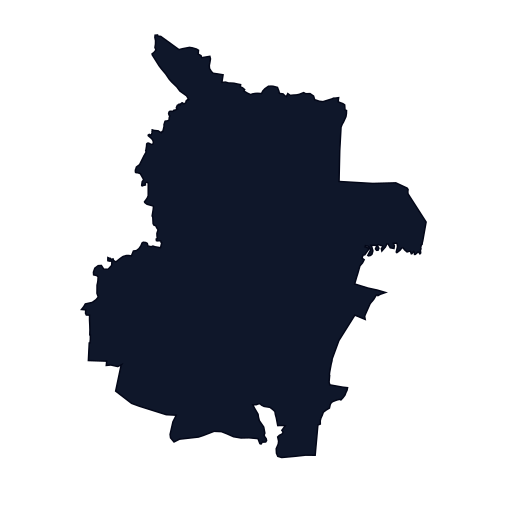 the district of Muhradah, Hamah, Syria, rotated 191°
{"feature_id": "27442178B78133098408237", "entity_name": "Muhradah", "entity_type": "district", "adm_level": 2, "iso_a3": "SYR", "parent_name": "Syria", "parent_adm1": "Hamah", "projection": "orthographic", "projection_center": [36.557, 35.29], "detail": "fine", "context": "isolated", "style": "filled", "palette": "ink", "viewbox_px": 512, "rotation_deg": 191, "n_neighbors": 0, "source": "geoboundaries", "source_scale": "gbopen_adm2", "svg_char_len": 6059}
<svg xmlns="http://www.w3.org/2000/svg" viewBox="0 0 512 512"><g transform="rotate(191 256 256)"><path d="M382.1,120.0L377.7,121.3L370.6,121.1L367.2,123.7L367.5,122.9L367.6,121.0L368.0,96.6L350.0,87.6L342.0,86.3L313.9,83.1L303.9,84.5L305.9,77.4L306.3,64.5L305.2,61.2L301.0,57.8L296.1,61.6L277.9,67.3L273.6,69.7L263.7,75.9L256.4,77.0L250.5,75.9L243.6,74.3L236.0,74.5L228.2,76.2L219.2,77.1L216.4,72.6L215.2,72.4L213.9,75.2L213.2,74.7L211.0,75.3L210.4,76.9L211.2,78.7L212.8,80.1L213.9,81.7L213.5,83.8L215.8,89.6L221.3,95.0L222.8,98.2L223.8,101.1L228.3,106.2L230.8,109.3L227.3,110.1L225.6,111.2L223.8,111.8L222.2,110.7L219.4,109.9L213.4,110.1L210.4,108.6L207.8,107.0L206.7,104.0L205.2,101.0L202.3,93.7L197.0,94.8L194.9,94.9L197.4,89.8L195.7,88.3L196.5,86.2L198.8,84.5L200.2,82.5L198.5,78.6L198.3,75.6L199.4,70.7L198.3,66.3L196.4,63.5L192.3,63.1L179.5,66.8L169.2,70.0L159.9,71.7L163.0,101.9L160.8,103.3L161.5,106.6L161.3,109.4L160.6,112.2L160.1,115.5L157.6,118.3L154.9,120.7L154.8,124.0L154.5,125.6L153.2,127.5L150.4,129.3L148.3,130.5L146.2,131.3L145.2,130.9L143.6,133.4L142.1,136.5L141.7,139.0L141.0,141.7L141.0,144.2L145.9,143.8L158.9,143.6L160.2,146.1L160.9,152.8L161.1,152.9L161.3,153.6L161.5,155.7L161.6,164.5L161.4,167.6L161.6,169.5L158.5,188.8L147.7,216.8L136.7,214.6L137.8,217.4L137.6,219.1L134.9,230.9L134.0,232.7L133.3,233.8L132.1,236.1L130.9,239.4L130.3,240.8L128.9,240.7L128.7,240.4L126.7,242.1L121.9,244.9L130.4,245.7L140.1,245.9L153.8,247.4L153.2,254.3L152.8,257.8L152.1,266.1L150.1,269.6L149.1,273.0L151.5,274.1L151.1,277.3L149.5,277.9L146.5,284.4L147.0,285.2L150.7,285.7L150.6,287.1L148.7,287.1L147.1,286.8L144.8,284.1L144.9,283.0L146.4,277.9L145.6,277.6L143.7,278.4L142.5,279.9L142.2,283.3L144.4,287.7L145.2,288.4L139.8,289.5L139.4,289.2L140.1,285.8L138.8,284.6L137.3,284.9L136.8,287.0L138.8,289.5L138.3,290.5L133.6,290.0L133.4,289.1L134.4,287.2L133.4,284.9L130.7,289.5L129.8,292.9L128.7,293.1L125.8,289.7L122.0,289.7L122.1,292.4L123.6,294.6L120.4,295.4L119.7,294.6L119.1,292.9L118.9,292.0L119.1,286.7L118.7,286.2L118.2,286.3L115.7,289.2L114.4,291.8L113.0,292.0L111.5,290.5L108.5,288.8L106.0,290.1L105.3,290.0L104.0,287.8L103.5,287.9L103.3,288.2L102.2,290.7L101.7,290.6L100.7,287.8L99.9,288.0L97.8,290.8L97.1,290.9L95.5,289.4L94.9,290.4L95.7,293.0L95.6,293.8L95.4,294.4L96.0,296.1L95.8,297.6L96.1,298.3L95.2,299.0L95.3,301.1L95.2,302.6L95.5,321.8L118.6,346.0L119.2,347.9L119.4,350.3L120.6,351.5L132.7,354.5L155.2,349.5L188.7,345.0L193.9,375.4L197.1,398.7L196.5,401.9L195.7,404.1L194.3,409.9L194.4,413.0L194.9,416.1L196.5,416.4L197.8,421.3L199.9,422.2L202.6,422.6L204.8,423.1L205.1,427.2L208.0,426.2L210.2,425.7L211.1,424.9L219.7,420.3L223.4,420.0L226.1,420.4L228.2,420.6L230.0,424.0L233.9,425.7L238.3,424.8L240.4,425.5L244.3,423.0L246.9,421.9L250.1,421.1L253.0,420.2L255.8,421.5L256.6,418.3L258.0,418.7L260.4,420.3L264.0,420.1L265.1,422.4L267.1,425.6L271.5,425.9L273.3,425.7L276.2,425.0L279.2,421.9L280.8,419.3L281.6,416.5L285.5,416.0L287.9,415.4L290.5,414.4L292.0,413.4L295.4,414.2L299.5,415.7L298.9,417.2L301.4,418.6L303.6,419.0L303.8,421.3L306.8,421.3L310.5,421.4L313.0,421.1L315.9,420.6L319.1,420.9L322.6,419.9L322.9,427.6L329.2,427.4L333.0,427.2L335.0,428.6L337.4,431.2L338.2,434.1L338.2,437.4L338.3,440.8L339.4,443.2L347.2,440.3L348.2,442.2L351.3,443.2L351.7,447.0L353.9,447.8L358.1,448.2L361.1,448.1L367.6,445.5L371.0,443.9L391.4,453.4L394.2,453.1L394.8,454.2L397.2,453.5L397.0,451.3L395.7,448.2L395.1,444.7L395.0,441.4L393.5,439.1L395.1,436.2L396.6,434.6L396.2,433.6L387.4,424.2L384.6,421.7L379.4,417.5L374.8,412.9L371.9,410.7L366.0,406.9L362.2,403.4L354.7,400.0L351.8,396.7L352.4,396.3L353.1,396.4L354.3,394.6L354.0,394.2L354.2,393.0L355.7,391.6L356.5,391.5L357.0,392.2L357.8,392.3L359.2,390.7L359.1,390.3L359.3,389.7L360.0,390.4L360.5,390.4L360.7,389.9L362.0,388.9L362.5,386.4L362.1,385.8L361.2,385.3L362.3,384.6L362.8,383.9L363.6,383.3L364.2,383.6L365.3,382.0L366.2,382.0L368.0,381.7L368.7,381.1L369.0,379.4L368.6,379.1L368.5,378.0L368.2,378.0L367.4,377.2L367.6,374.6L367.2,373.9L367.6,372.6L368.2,372.1L369.6,371.4L370.1,371.4L371.0,370.9L371.4,367.4L371.0,365.9L371.2,360.6L371.6,360.6L372.1,360.1L372.2,359.2L372.4,358.9L374.8,359.7L375.8,360.2L380.5,359.8L381.6,360.1L382.0,359.9L381.6,359.4L381.9,358.6L381.5,357.6L381.8,355.1L382.5,354.7L384.0,355.0L384.9,354.1L384.7,353.5L380.7,351.2L379.2,349.7L378.5,348.2L378.4,346.9L378.7,346.0L380.1,345.5L382.4,346.2L383.5,346.3L384.2,345.9L384.7,345.2L384.4,342.8L384.3,339.0L384.4,338.4L384.0,337.8L383.8,337.0L383.8,336.5L384.5,334.8L384.6,334.2L385.0,333.3L387.7,323.5L390.4,320.5L390.5,319.2L390.8,317.3L390.5,315.8L390.2,315.1L389.5,314.9L388.9,315.1L386.9,315.1L386.6,314.9L385.1,314.8L384.8,314.2L381.2,310.0L381.0,309.0L381.7,307.7L381.9,307.3L381.7,303.5L381.5,303.2L380.7,303.2L379.8,304.0L378.6,304.3L378.1,304.7L378.6,306.0L378.6,306.4L377.6,307.4L376.8,307.5L375.7,306.9L373.3,294.5L373.9,291.9L375.8,287.9L375.3,287.2L372.9,286.0L366.7,285.5L366.1,284.9L365.8,282.1L365.6,275.5L364.7,274.3L363.2,268.2L362.2,266.9L360.1,266.5L358.9,264.8L357.1,263.0L357.6,259.4L357.0,256.7L356.3,254.8L356.3,254.3L357.2,253.6L356.7,252.1L356.0,252.0L352.9,252.7L352.3,252.5L351.8,251.3L351.1,251.1L351.3,245.9L356.9,245.8L359.1,246.1L360.7,245.1L364.0,245.2L365.1,247.6L366.8,248.2L369.3,248.0L370.3,247.1L370.9,244.1L372.3,240.9L374.4,238.5L377.3,237.5L378.3,232.3L381.3,232.2L383.5,231.7L385.3,230.7L386.2,230.3L386.9,229.7L388.9,227.6L392.2,223.7L393.3,223.7L395.0,224.5L395.8,225.9L397.5,224.9L398.4,225.9L399.3,225.8L401.1,226.2L400.8,224.4L400.5,223.1L398.8,223.0L398.6,223.3L396.4,223.1L395.9,219.2L398.6,214.8L402.9,214.0L406.0,217.2L409.1,216.4L411.9,213.3L412.5,209.1L411.8,206.5L408.6,206.4L407.0,205.4L406.5,201.7L406.4,199.3L406.5,197.1L405.8,193.4L405.0,189.0L403.0,185.6L404.7,182.6L407.9,179.2L414.4,176.4L415.4,173.5L417.1,170.2L412.9,170.6L412.4,167.2L411.3,165.7L408.1,166.2L407.2,161.4L405.8,155.7L404.9,151.7L404.1,146.8L403.5,146.8L402.7,142.4L402.4,139.0L403.1,138.8L400.6,121.4L382.5,124.3L382.1,120.0Z" fill="#0f172a" stroke="#020617" stroke-width="1.5"/></g></svg>